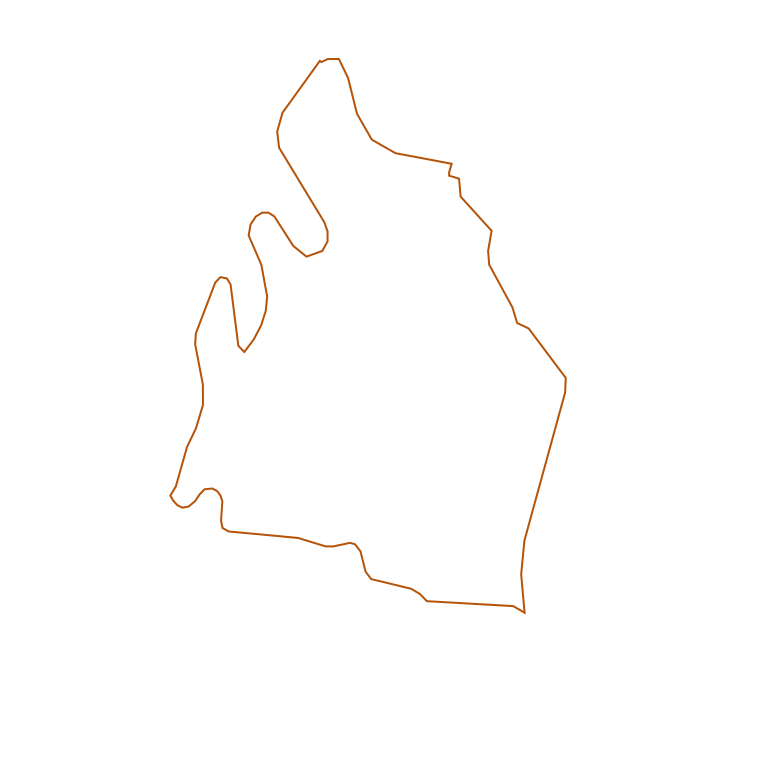 an SVG outline of Ragusa, rotated 219°
{"feature_id": "ITA-5415", "entity_name": "Ragusa", "entity_type": "Province", "adm_level": 1, "iso_a3": "ITA", "parent_name": "Italy", "parent_adm1": "", "projection": "equal_earth", "projection_center": [14.765, 36.912], "detail": "fine", "context": "isolated", "style": "outline", "palette": "amber", "viewbox_px": 768, "rotation_deg": 219, "n_neighbors": 0, "source": "natural_earth", "source_scale": "10m", "svg_char_len": 1186}
<svg xmlns="http://www.w3.org/2000/svg" viewBox="0 0 768 768"><g transform="rotate(219 384 384)"><path d="M637.2,594.7L635.3,594.8L632.2,601.1L623.6,608.2L604.5,599.2L575.0,577.0L547.2,566.2L520.3,570.6L470.0,597.7L466.5,589.3L464.5,586.9L454.9,590.8L442.3,577.8L396.8,570.8L386.9,553.0L377.3,542.9L332.5,524.4L318.9,515.2L306.5,518.2L246.6,503.1L237.9,491.4L176.3,350.6L157.6,322.4L130.8,294.7L143.8,292.7L214.0,242.2L224.2,243.4L234.1,241.9L271.2,224.3L280.3,226.6L296.9,239.1L305.7,241.2L310.4,239.2L321.2,225.9L327.1,221.1L353.8,210.3L412.0,171.6L418.9,170.5L424.6,175.2L435.8,191.1L440.9,194.4L446.4,195.8L451.7,194.7L457.2,189.2L457.8,182.0L457.1,174.0L458.7,165.8L462.9,161.0L468.5,159.8L474.5,160.7L479.8,162.8L481.3,173.4L497.4,211.0L502.3,231.4L511.4,253.6L524.4,269.6L555.6,295.9L562.0,304.8L579.0,356.7L578.4,364.1L572.5,367.2L565.9,364.8L521.2,322.0L512.7,321.0L513.3,336.8L516.4,352.3L521.9,366.4L529.8,378.4L554.4,399.5L582.6,414.2L588.1,424.0L589.0,433.5L586.5,440.5L581.5,444.5L574.6,445.2L541.4,434.2L524.4,434.2L515.7,448.6L517.6,459.3L523.9,467.1L532.3,472.2L614.2,501.6L625.9,513.0L633.6,531.0L637.2,594.7Z" fill="none" stroke="#b45309" stroke-width="2"/></g></svg>